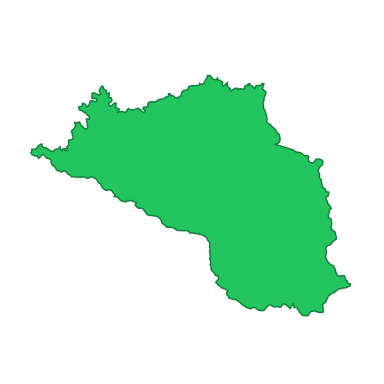 the district of Vila Propício, Goiás, Brazil, rotated 273°
{"feature_id": "56859067B93488983181144", "entity_name": "Vila Propício", "entity_type": "district", "adm_level": 2, "iso_a3": "BRA", "parent_name": "Brazil", "parent_adm1": "Goiás", "projection": "albers", "projection_center": [-48.79, -15.215], "detail": "fine", "context": "isolated", "style": "filled", "palette": "green", "viewbox_px": 384, "rotation_deg": 273, "n_neighbors": 0, "source": "geoboundaries", "source_scale": "gbopen_adm2", "svg_char_len": 5983}
<svg xmlns="http://www.w3.org/2000/svg" viewBox="0 0 384 384"><g transform="rotate(273 192 192)"><path d="M155.6,168.4L155.6,173.9L155.1,175.7L153.1,178.7L152.8,180.4L153.1,189.1L152.6,190.4L150.8,192.3L151.3,194.6L150.7,197.0L150.7,199.1L150.2,201.2L149.9,204.1L147.9,208.0L147.1,209.0L144.9,210.1L142.6,212.1L140.8,212.7L138.5,212.3L136.9,213.0L135.1,213.2L133.5,212.5L131.6,213.4L130.1,213.1L127.7,213.6L126.4,213.2L122.6,214.5L120.7,213.9L119.0,214.7L116.8,215.2L115.2,215.2L112.4,218.4L110.5,219.2L109.7,220.6L109.0,223.0L106.4,223.1L103.1,220.5L100.2,223.4L99.4,225.1L98.1,226.2L96.4,231.3L94.7,233.2L93.2,231.7L91.4,232.0L90.4,233.5L88.0,234.3L86.8,239.7L87.1,241.0L84.3,245.6L82.9,247.3L81.8,248.2L81.5,249.8L80.0,251.5L78.7,255.1L78.4,256.8L79.4,258.0L79.9,259.6L79.6,261.2L77.3,264.9L77.4,266.7L77.1,268.2L77.6,270.3L80.4,272.0L82.1,273.6L83.6,275.5L83.3,276.9L82.1,278.1L81.5,280.6L82.2,282.6L81.7,284.8L81.7,287.0L83.3,287.4L85.2,289.1L84.3,292.1L80.7,296.1L85.4,298.8L83.9,299.8L82.0,299.9L82.1,302.6L80.9,303.7L78.1,305.4L75.9,307.3L74.5,308.9L74.5,314.2L76.6,315.2L79.2,317.4L79.2,319.0L79.8,320.7L78.7,323.4L78.4,325.9L78.7,329.1L81.4,329.3L86.4,328.1L88.9,331.2L95.2,333.6L97.9,336.7L98.7,338.6L103.1,343.9L103.1,345.3L103.8,347.1L104.5,350.8L106.7,355.0L108.4,354.9L109.3,352.3L111.6,351.4L112.4,350.0L116.3,348.7L116.2,345.7L115.5,343.0L117.3,340.9L119.1,340.0L123.5,338.5L125.7,337.0L126.5,334.7L128.4,332.1L132.8,329.0L134.7,328.7L136.3,329.1L138.0,329.1L139.9,329.6L141.4,328.8L142.9,328.5L144.4,329.2L145.5,330.3L146.4,332.7L149.7,335.2L152.9,338.7L155.3,338.2L159.9,336.7L161.3,333.6L164.5,332.9L166.5,332.9L168.4,333.2L170.2,332.6L172.2,332.3L173.8,329.7L175.3,329.4L179.8,330.0L181.5,330.5L182.9,332.0L184.2,331.0L185.8,330.2L187.3,328.4L190.5,327.2L192.2,326.1L194.2,326.1L194.8,328.0L198.9,328.8L199.0,327.2L199.7,326.1L202.2,324.5L203.8,321.9L208.9,320.6L211.0,320.4L212.9,318.5L216.8,318.4L219.1,316.6L221.0,317.1L224.1,318.6L225.1,319.9L226.5,320.8L228.0,321.1L229.6,321.0L230.9,319.6L231.6,317.1L231.5,314.9L230.5,313.6L228.6,312.5L227.3,311.4L227.4,308.9L228.8,307.0L231.1,306.3L233.4,306.8L234.5,305.3L234.2,303.8L234.3,302.4L234.9,301.3L236.2,299.9L237.0,297.9L237.4,294.1L238.0,292.5L238.8,291.5L239.6,289.9L242.2,279.2L243.0,277.3L243.2,274.5L244.0,272.6L244.8,274.7L245.9,276.3L248.0,277.2L252.3,276.7L254.0,276.0L255.5,274.1L258.6,272.1L259.8,270.9L261.9,267.9L263.1,267.2L264.6,264.0L265.8,262.9L268.7,263.1L272.4,262.4L277.6,260.4L278.9,259.1L283.2,258.7L284.4,258.2L285.8,258.4L287.4,259.1L289.9,259.1L294.1,260.5L295.6,260.7L297.7,258.1L299.0,256.9L303.8,258.2L304.2,256.7L302.8,255.6L301.9,254.3L301.7,250.7L300.5,249.9L298.5,249.2L300.6,246.9L301.5,245.5L301.6,243.7L303.2,244.2L302.9,242.6L301.6,241.6L300.9,240.0L299.7,238.9L298.0,239.3L297.3,237.7L297.8,234.1L296.6,233.1L298.1,231.3L297.7,229.9L296.4,227.6L295.0,226.1L295.9,225.0L297.4,224.6L298.9,222.3L300.5,221.5L303.0,221.7L302.1,220.5L300.7,219.4L299.5,218.0L300.2,216.5L303.1,216.9L304.4,215.0L305.3,213.1L305.2,211.7L307.1,211.5L305.4,210.0L306.0,205.7L307.8,205.7L308.4,204.4L309.5,203.8L308.8,202.7L309.0,201.2L307.4,201.4L306.1,200.4L301.1,198.0L299.9,196.6L300.9,193.9L299.4,194.2L298.7,192.2L298.0,185.6L297.3,183.6L295.7,182.7L293.8,182.2L293.1,178.6L291.9,177.2L290.8,176.5L287.4,175.9L286.3,173.8L284.9,172.5L285.6,170.1L287.1,168.2L287.0,166.8L288.8,164.9L289.0,163.5L287.2,164.0L286.3,162.8L285.6,161.2L283.4,158.5L283.1,155.5L282.5,154.0L280.0,150.7L280.1,146.7L279.1,143.8L277.2,143.3L275.4,143.8L274.4,141.4L274.1,139.2L272.2,138.7L271.5,141.0L270.1,140.8L268.8,139.2L270.9,136.7L272.9,133.8L270.8,129.2L270.9,125.8L272.0,124.4L271.3,123.3L269.8,122.8L268.7,122.1L268.0,120.1L268.9,117.8L267.8,113.9L270.8,115.1L271.5,113.5L272.0,111.8L273.1,111.2L275.4,111.6L276.7,111.6L276.9,110.2L275.7,108.8L274.1,107.4L273.3,106.1L274.2,104.8L275.7,103.9L276.6,104.8L278.4,107.1L280.3,107.1L281.8,106.3L282.3,103.3L284.7,104.3L286.7,104.1L285.5,102.6L286.3,101.4L288.7,101.3L289.5,98.9L292.5,97.8L293.1,96.3L289.2,94.3L287.9,94.2L284.8,95.5L283.5,94.3L284.7,92.2L285.6,89.7L285.9,87.9L284.7,87.0L282.8,87.3L280.7,87.0L280.0,88.4L280.5,90.1L279.9,92.0L278.1,92.3L277.1,90.7L277.8,88.7L277.9,85.9L276.4,85.3L275.0,85.2L272.8,84.2L271.4,82.9L274.6,80.2L274.7,77.9L272.1,77.9L270.9,74.3L268.6,75.1L267.7,76.1L267.5,77.9L266.2,79.6L265.4,81.5L263.1,83.6L262.7,84.9L261.1,85.5L259.5,85.8L259.1,84.4L259.5,82.8L258.0,82.8L255.6,83.7L250.9,84.3L249.4,83.8L249.6,81.9L250.3,80.3L251.4,79.6L252.3,78.2L253.4,77.4L256.1,76.0L254.9,73.9L255.3,71.2L252.7,72.1L250.3,71.7L248.6,70.5L247.4,69.1L246.3,68.3L244.8,69.1L243.0,69.4L241.7,70.1L240.1,70.4L238.8,70.3L237.8,68.2L237.5,66.5L236.0,66.0L234.0,66.4L232.7,66.3L230.2,64.6L228.4,65.1L226.6,64.9L227.0,62.9L228.8,63.2L228.6,61.3L226.2,59.9L227.4,59.0L230.3,57.8L228.2,56.3L227.2,52.8L225.1,51.8L225.6,48.8L226.4,47.1L227.3,46.1L228.3,44.3L228.5,42.2L229.3,40.0L232.0,39.6L231.6,38.1L230.3,36.5L228.9,35.1L226.6,34.3L226.2,29.8L224.0,29.8L222.8,29.0L220.9,30.3L219.8,33.0L220.0,35.5L217.7,37.1L218.9,38.5L220.7,39.6L221.7,41.7L218.2,45.0L218.0,46.3L217.3,48.7L215.9,49.9L214.0,49.7L211.3,51.3L210.4,53.3L208.9,54.4L207.2,55.4L206.5,56.5L205.9,58.9L205.1,60.8L206.5,63.2L206.0,64.9L203.4,67.0L203.0,68.3L200.9,71.0L201.2,72.7L201.0,74.7L200.5,76.8L201.2,78.6L200.7,80.4L201.6,82.3L201.2,84.2L200.1,87.2L201.2,88.9L202.1,91.0L200.1,95.6L198.4,96.9L196.1,98.2L195.5,100.0L193.7,100.9L191.4,102.6L190.1,104.1L189.4,105.3L189.1,106.9L190.0,108.4L189.6,109.8L189.6,111.4L184.5,115.5L183.4,114.5L183.2,116.8L182.6,118.6L180.4,120.4L179.3,122.3L179.0,123.7L178.9,127.0L179.9,128.3L180.0,129.8L180.4,132.0L179.6,133.5L179.1,135.6L178.1,136.9L176.0,135.9L174.0,137.8L172.9,139.7L173.3,141.7L172.6,144.2L171.0,145.0L169.7,146.4L167.2,148.3L166.4,150.3L166.5,153.4L166.1,154.8L166.2,156.6L165.9,158.1L165.3,159.4L164.1,161.0L161.9,162.9L160.7,163.1L159.3,163.8L156.7,167.7L155.6,168.4Z" fill="#22c55e" stroke="#15803d" stroke-width="1.5"/></g></svg>